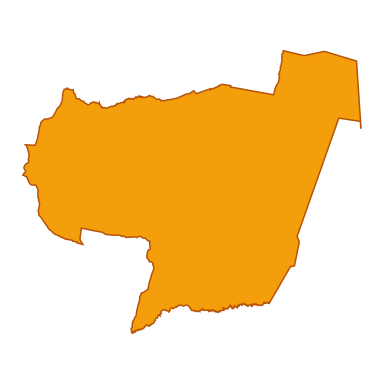 Rosario de la Frontera, Salta, Argentina
{"feature_id": "61730980B41964155809664", "entity_name": "Rosario de la Frontera", "entity_type": "district", "adm_level": 2, "iso_a3": "ARG", "parent_name": "Argentina", "parent_adm1": "Salta", "projection": "robinson", "projection_center": [-64.783, -25.907], "detail": "fine", "context": "isolated", "style": "filled", "palette": "amber", "viewbox_px": 384, "rotation_deg": 0, "n_neighbors": 0, "source": "geoboundaries", "source_scale": "gbopen_adm2", "svg_char_len": 5927}
<svg xmlns="http://www.w3.org/2000/svg" viewBox="0 0 384 384"><path d="M73.3,89.8L71.9,90.2L68.7,89.3L68.3,89.0L68.1,88.4L67.0,88.2L66.7,88.9L66.2,89.2L65.6,89.0L64.2,89.3L62.9,92.8L62.1,101.0L60.0,105.8L57.6,108.0L54.2,114.6L52.2,117.4L47.2,119.1L45.0,118.9L43.3,120.0L41.0,122.4L40.3,125.1L39.4,127.0L39.3,129.1L37.3,139.6L35.1,145.3L25.5,144.8L26.6,146.0L27.2,147.4L28.9,153.6L28.9,155.1L29.2,156.5L28.3,159.3L28.2,159.8L28.8,161.2L28.3,162.6L26.0,163.9L24.3,166.3L23.9,167.5L24.0,168.4L25.5,170.9L25.6,171.6L25.2,172.3L23.2,174.2L23.0,175.2L23.7,175.2L25.5,176.4L26.9,176.7L27.0,177.8L27.7,178.9L27.8,179.8L28.7,180.6L28.6,181.6L29.4,182.4L29.5,183.2L30.3,184.2L31.5,184.9L35.9,185.2L36.6,185.7L36.6,187.1L37.9,189.2L38.0,195.4L37.8,197.0L38.5,198.2L38.6,201.0L39.6,202.9L39.3,206.2L38.1,211.0L38.7,212.2L38.9,213.2L38.6,214.4L38.9,215.3L40.6,216.9L49.2,229.4L51.9,231.4L52.4,232.2L54.9,234.2L58.7,235.6L58.6,235.9L66.3,239.4L66.5,239.2L72.7,240.4L72.8,241.2L77.0,242.1L77.0,242.9L82.9,244.5L79.9,239.3L81.4,228.1L93.8,230.7L102.6,232.3L105.2,234.2L106.2,234.6L107.7,234.5L112.5,235.2L119.7,235.2L122.1,236.5L123.7,236.1L126.0,237.4L134.9,236.9L137.1,237.6L137.7,236.8L139.5,236.3L140.8,236.6L143.0,238.1L145.1,238.2L146.3,239.1L148.0,240.9L149.9,241.3L149.7,241.9L149.7,244.1L150.3,249.4L149.0,249.7L148.1,250.3L147.3,252.5L146.8,257.7L148.6,259.8L149.4,261.8L150.9,261.7L152.7,262.7L152.8,264.4L153.9,267.4L153.4,270.0L151.5,274.8L150.1,280.3L149.3,282.1L148.5,286.6L147.7,289.4L143.8,292.2L142.7,292.7L141.6,292.8L139.8,296.5L139.5,300.7L138.4,304.0L136.6,311.4L136.3,314.9L135.9,316.0L134.7,317.6L134.3,319.3L133.6,320.0L132.5,322.5L132.2,324.3L132.3,327.1L131.1,328.5L131.8,332.5L132.5,333.3L133.0,333.0L132.5,332.3L132.6,331.9L133.2,331.6L134.7,332.2L134.6,331.5L135.1,330.5L135.8,331.3L137.0,330.6L137.3,330.2L137.3,329.6L137.9,329.6L138.6,330.3L138.9,329.9L139.5,329.9L139.7,329.3L141.4,329.5L142.0,329.0L142.5,329.0L142.8,328.5L143.9,328.0L144.5,327.0L145.7,325.9L146.1,324.9L146.9,324.9L147.3,325.4L149.0,326.2L149.7,325.4L150.5,325.3L150.8,324.6L151.7,324.2L151.9,323.7L153.3,323.5L153.6,322.7L154.5,321.8L154.9,320.9L155.3,320.5L155.4,319.0L155.7,318.4L156.5,318.2L157.0,317.8L157.5,317.9L158.0,315.5L158.7,315.3L160.1,315.9L159.5,314.6L159.9,314.2L161.3,313.8L161.0,313.0L161.0,311.9L161.4,310.9L161.9,310.5L163.5,309.9L165.8,309.9L166.4,310.7L167.9,310.8L168.8,312.0L169.3,311.7L170.0,310.5L170.1,309.2L171.1,307.9L173.4,308.5L173.8,308.0L174.3,308.0L175.7,306.9L176.4,307.1L176.7,306.6L177.2,306.7L178.7,305.2L179.1,305.6L181.5,305.0L182.2,305.7L183.6,306.2L185.4,305.2L188.0,305.4L188.8,306.0L190.3,308.6L190.9,309.0L190.8,309.4L191.2,309.9L192.2,310.6L194.5,310.5L194.9,311.3L195.7,310.9L196.7,311.4L198.2,311.6L198.3,311.1L198.6,311.0L199.8,311.0L200.0,311.3L200.4,310.2L202.0,309.9L201.9,309.1L203.0,309.0L203.6,310.2L207.0,310.4L208.3,309.9L208.7,310.1L208.5,310.7L208.9,311.5L209.2,311.2L210.0,311.2L210.3,310.9L210.4,310.2L210.7,310.3L210.6,310.7L211.5,310.8L211.8,311.1L212.1,310.1L213.1,310.3L213.3,309.9L214.3,311.5L214.9,311.3L215.0,310.7L215.9,310.9L215.9,311.8L217.3,311.7L217.3,312.2L217.9,312.5L218.8,311.5L219.8,311.7L219.8,311.0L220.5,311.2L220.5,310.7L222.0,310.2L223.9,310.4L224.2,309.7L223.5,309.4L223.6,308.8L223.3,308.1L224.0,308.5L225.5,308.6L226.5,309.1L227.7,308.3L227.9,308.7L228.1,308.6L228.4,307.4L229.7,306.7L229.5,306.1L230.1,305.3L230.5,306.3L231.0,305.9L231.6,306.2L231.8,306.7L231.4,307.6L231.7,307.9L232.1,307.5L232.5,308.6L232.8,308.7L233.0,308.1L233.8,308.0L234.6,306.1L234.8,306.6L235.8,306.9L237.2,307.7L237.2,307.3L237.9,306.8L237.5,305.8L237.6,305.5L238.9,304.8L239.1,305.1L238.8,306.0L239.3,305.8L240.2,304.0L241.9,305.3L242.4,305.0L243.1,303.5L243.4,303.4L243.6,303.9L244.4,304.4L245.4,304.1L245.5,305.1L247.0,305.1L247.7,305.4L247.8,305.9L247.6,306.2L247.9,306.3L249.0,305.3L251.5,304.7L251.8,305.0L251.3,305.4L251.3,305.8L251.8,306.0L251.9,306.4L252.2,306.2L252.6,305.1L252.7,304.2L253.7,304.3L254.3,304.8L254.5,304.6L254.3,304.1L254.8,303.6L255.1,303.8L254.9,304.3L255.1,304.6L256.5,304.2L256.7,304.9L257.5,304.6L258.3,305.5L259.2,305.0L261.6,305.5L262.3,305.2L263.2,304.2L263.5,303.6L264.0,303.3L264.1,302.0L264.5,302.0L264.9,303.1L265.3,303.3L267.3,302.9L268.2,302.3L268.4,303.1L269.1,303.5L290.4,266.7L294.5,265.8L299.3,241.7L297.1,236.4L338.8,118.1L360.4,121.4L360.7,128.0L361.0,128.0L356.5,61.1L324.4,51.4L304.1,55.6L283.2,50.7L282.9,53.0L282.0,54.5L281.8,61.8L281.4,62.9L281.2,65.4L280.2,67.4L280.5,68.9L280.3,69.9L279.5,71.9L279.5,72.6L278.7,73.8L279.5,76.7L278.6,81.6L278.1,82.9L276.6,85.2L275.2,88.1L273.6,94.8L230.6,87.0L230.7,85.7L222.4,84.3L218.7,85.6L218.9,86.2L210.5,89.6L210.6,88.7L196.4,93.7L193.6,90.7L189.1,93.9L186.7,93.9L177.5,98.0L170.6,99.5L167.5,99.8L164.8,100.7L162.8,100.5L161.5,101.0L159.8,99.2L159.0,99.0L156.7,99.4L155.4,98.5L154.2,97.3L153.5,97.2L152.7,96.4L151.5,96.5L149.6,95.5L148.6,95.9L147.4,96.8L144.8,97.5L143.9,97.2L143.1,97.4L142.5,96.8L141.8,97.4L141.5,96.6L140.4,97.1L140.3,96.3L139.3,96.4L139.0,96.0L138.5,96.7L137.8,96.8L136.4,97.8L135.9,96.9L135.4,97.9L134.2,98.2L133.5,99.1L133.0,98.8L132.3,99.2L131.0,98.4L130.0,98.6L129.4,99.0L128.9,98.4L128.1,98.6L127.5,99.2L126.1,99.3L125.7,100.2L124.8,100.4L124.5,100.8L124.7,102.2L124.2,102.5L123.6,101.9L122.8,102.7L122.0,102.5L120.5,102.7L118.6,103.7L118.0,103.5L117.5,104.0L116.8,103.7L115.7,104.7L115.7,105.5L114.6,106.0L113.9,105.8L113.6,106.2L113.3,106.0L112.4,106.6L111.0,106.2L109.3,107.4L108.0,107.4L107.2,108.0L105.9,108.1L104.8,107.7L102.8,107.8L102.4,107.2L101.7,107.6L101.5,106.8L100.9,106.5L100.7,105.2L100.1,104.8L99.9,104.1L99.3,103.9L99.2,102.8L98.9,103.4L98.3,103.2L97.7,103.5L96.8,103.1L96.4,102.4L95.8,102.3L95.3,102.7L93.1,101.9L92.6,102.4L90.4,103.2L89.3,104.6L87.9,104.8L87.3,104.5L86.6,103.8L84.6,103.0L83.8,101.4L81.2,100.8L79.5,98.9L76.6,98.7L75.4,96.3L75.4,94.8L74.7,93.8L73.8,93.1L73.3,89.8Z" fill="#f59e0b" stroke="#b45309" stroke-width="1.5"/></svg>